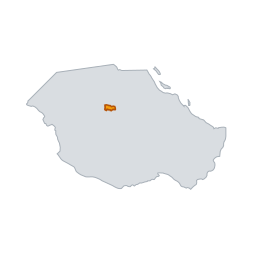 Singida, Singida, United Republic of Tanzania shown in context, rotated 315°
{"feature_id": "72390352B6504298719524", "entity_name": "Singida", "entity_type": "district", "adm_level": 2, "iso_a3": "TZA", "parent_name": "United Republic of Tanzania", "parent_adm1": "Singida", "projection": "equal_earth", "projection_center": [34.874, -4.722], "detail": "fine", "context": "in_parent", "style": "filled", "palette": "amber", "viewbox_px": 256, "rotation_deg": 315, "n_neighbors": 0, "source": "geoboundaries", "source_scale": "gbopen_adm2", "svg_char_len": 5393}
<svg xmlns="http://www.w3.org/2000/svg" viewBox="0 0 256 256"><g transform="rotate(315 128 128)"><path d="M103.7,179.4L101.7,178.0L99.8,177.1L98.3,176.2L97.6,175.2L96.2,174.9L95.0,174.7L93.9,173.8L91.5,173.5L91.3,172.9L91.2,171.6L90.8,171.3L90.0,171.0L89.1,171.0L88.5,171.2L88.2,171.1L87.4,170.3L86.7,169.3L86.4,167.8L85.4,166.8L84.1,166.0L80.7,166.1L80.2,165.9L79.4,165.1L78.4,163.8L77.7,162.3L77.0,160.3L76.3,157.6L72.3,146.8L71.9,144.7L71.1,142.5L69.9,139.7L68.5,137.6L66.7,135.8L64.7,133.9L63.6,132.6L61.5,127.5L61.0,125.2L60.7,122.7L60.8,121.7L62.1,118.5L62.3,117.6L62.1,116.4L61.4,113.9L60.6,110.8L58.9,105.2L58.7,103.8L58.7,102.7L59.7,97.0L59.6,96.2L63.6,96.3L66.4,93.8L68.9,90.1L69.4,88.5L70.4,86.1L71.4,84.9L71.8,84.1L72.4,81.7L73.7,80.1L75.0,78.9L74.7,78.0L74.9,77.7L75.6,77.0L76.9,76.4L77.2,75.2L77.2,73.8L77.0,73.0L77.0,72.1L76.8,71.6L75.9,71.4L74.6,70.7L73.5,70.4L72.7,70.0L72.5,69.7L72.3,68.8L73.0,66.7L72.3,65.8L73.7,62.1L74.0,61.7L74.5,61.6L75.2,61.3L76.0,61.1L76.6,61.2L77.0,61.1L77.4,60.7L77.7,59.4L78.0,57.4L77.8,55.7L77.3,54.4L77.1,52.4L77.4,49.8L77.2,47.6L76.6,45.8L75.9,44.8L74.9,44.3L73.4,41.6L72.9,40.3L73.0,39.5L73.5,39.2L74.5,39.3L75.4,39.0L76.3,38.2L77.1,38.0L77.6,38.2L116.8,38.2L162.6,72.6L162.8,73.0L163.1,76.0L163.1,77.0L162.4,78.7L162.1,79.6L162.1,80.2L162.3,80.4L162.9,80.5L163.4,80.9L163.6,81.2L164.0,82.5L164.5,83.2L181.9,100.0L182.3,100.3L182.0,101.7L181.0,105.1L181.0,106.6L180.6,108.2L180.2,109.4L179.2,114.2L178.4,116.0L177.2,120.2L177.0,123.5L177.6,125.7L177.9,127.8L179.2,129.9L180.3,130.7L181.0,131.6L182.3,133.8L183.0,136.0L185.3,137.0L186.2,139.5L185.9,141.1L184.8,142.5L183.8,144.8L183.0,147.8L182.9,152.3L183.5,151.6L184.7,152.7L184.8,156.0L183.6,159.9L183.2,161.7L183.1,163.3L184.0,167.9L185.4,170.3L185.3,171.0L184.9,171.6L187.2,175.8L187.0,179.4L187.9,182.3L188.3,184.7L188.8,186.6L188.9,187.9L188.2,189.3L189.9,189.7L190.9,190.9L191.4,192.0L192.6,191.9L193.3,192.7L194.3,193.3L196.4,195.2L197.0,196.2L197.3,197.1L191.4,203.0L189.3,204.6L187.7,205.3L186.1,205.7L184.6,206.6L183.1,208.1L181.2,208.8L179.0,208.8L176.6,209.8L172.8,212.9L170.6,211.2L168.9,210.7L166.9,210.7L165.7,210.9L165.3,211.3L164.9,212.3L164.6,214.1L163.3,215.7L161.0,217.3L158.9,217.9L157.0,217.5L155.7,216.8L155.0,215.9L154.0,215.5L152.7,215.6L151.5,216.2L150.3,217.4L148.3,218.0L145.7,217.8L144.3,217.2L144.1,216.2L142.9,215.0L140.8,213.6L139.3,213.6L138.3,214.9L137.3,215.7L136.5,216.1L135.8,216.1L134.7,215.8L131.8,215.6L129.0,215.7L128.8,213.8L128.2,212.6L127.7,211.9L126.7,211.7L126.5,211.2L126.1,210.0L125.7,209.0L125.0,208.1L124.7,207.4L124.5,206.7L124.6,205.9L125.2,203.9L125.4,202.6L125.3,201.2L125.0,199.8L124.4,198.1L124.4,197.6L124.2,196.5L124.2,195.7L124.3,194.7L124.2,193.4L123.6,190.5L123.6,189.8L123.0,188.5L121.2,185.3L121.1,184.8L118.2,181.6L117.1,180.9L116.6,181.5L116.5,182.1L116.6,183.1L116.5,183.6L116.4,183.8L115.7,183.8L115.3,183.7L114.2,182.8L113.4,182.6L111.2,182.8L110.5,183.0L109.9,182.8L108.8,181.3L107.5,181.0L106.3,180.9L104.4,179.2L103.7,179.4ZM185.6,125.2L186.6,128.8L186.4,129.4L185.8,129.9L185.4,129.9L185.0,129.3L184.7,128.1L184.2,128.4L183.3,127.0L182.5,126.9L181.7,125.2L182.0,123.7L181.8,121.1L182.8,119.8L183.3,117.6L183.9,119.1L184.0,121.5L184.8,124.2L185.6,125.2ZM190.3,103.9L190.4,104.7L190.2,105.5L190.2,108.1L190.1,109.8L189.4,112.1L188.8,112.9L188.3,112.7L187.9,112.3L187.5,111.7L188.2,107.4L187.9,104.2L189.2,104.5L190.3,103.9ZM188.2,155.5L187.5,155.7L187.3,155.5L186.8,154.8L187.6,154.2L188.3,153.0L189.9,151.3L190.7,150.0L190.5,151.3L189.6,154.2L188.8,154.4L188.2,155.5Z" fill="#d9dde1" stroke="#a8b0b8" stroke-width="1"/><path d="M133.8,103.4L133.7,103.3L133.5,103.1L133.4,103.0L133.4,102.8L133.3,102.7L133.2,102.5L133.2,102.4L133.1,102.2L132.9,102.1L132.7,102.0L132.6,101.9L132.4,101.8L132.3,101.7L132.2,101.6L131.9,101.5L131.7,101.5L131.6,101.4L131.4,101.2L131.3,100.9L131.3,100.7L131.4,100.4L131.4,100.1L131.3,99.8L131.3,99.7L131.2,99.5L131.2,99.4L131.1,99.2L130.9,99.2L130.7,99.1L130.4,98.9L130.3,98.6L130.2,98.2L130.1,97.8L130.0,97.7L129.9,97.6L129.8,97.4L129.7,97.3L129.6,97.1L129.4,97.0L129.4,96.9L129.4,96.7L129.2,96.4L128.5,95.9L128.3,95.7L128.2,95.7L127.8,95.5L127.7,95.9L127.7,96.0L127.6,96.3L127.4,96.4L127.2,96.3L127.0,96.5L126.9,96.7L126.8,96.9L126.7,96.9L126.7,97.0L126.4,97.2L126.4,97.3L126.3,97.5L126.2,97.6L126.0,97.8L125.9,97.8L125.9,97.7L125.8,97.8L125.7,97.8L125.4,97.9L125.4,98.0L125.3,98.3L125.2,98.4L124.9,98.5L124.7,98.5L124.6,98.8L124.6,99.0L124.7,99.3L124.8,99.3L124.8,99.5L125.0,99.8L125.0,100.0L125.0,100.3L125.3,100.4L125.5,100.4L125.7,100.2L125.8,100.2L125.8,99.9L126.0,99.8L126.3,99.9L126.5,99.9L126.5,100.0L126.5,100.3L126.5,100.5L126.8,100.6L127.0,100.6L127.1,100.8L127.1,101.0L127.1,101.3L127.1,101.5L127.3,101.6L127.5,101.7L127.5,101.8L127.7,102.0L127.8,102.1L127.9,102.3L128.0,102.4L128.0,102.5L128.1,102.8L128.0,103.0L128.3,103.0L128.3,102.9L128.4,103.0L128.5,103.0L128.6,103.3L128.6,103.5L128.6,103.8L128.6,104.0L128.8,104.0L129.0,104.0L129.3,104.1L129.5,104.1L129.8,104.1L130.0,104.2L130.3,104.2L130.5,104.1L130.8,104.3L130.8,104.5L130.9,104.8L130.9,105.0L131.0,105.1L131.3,105.1L131.4,105.3L131.5,105.3L131.6,105.5L131.7,105.9L131.8,106.0L132.0,106.0L132.0,105.9L132.2,105.7L132.3,105.6L132.5,105.5L132.6,105.4L132.7,105.2L132.8,105.1L133.0,105.1L133.1,104.9L133.3,104.6L133.5,104.2L133.7,103.8L133.7,103.6L133.8,103.4Z" fill="#f59e0b" stroke="#b45309" stroke-width="1.5"/></g></svg>